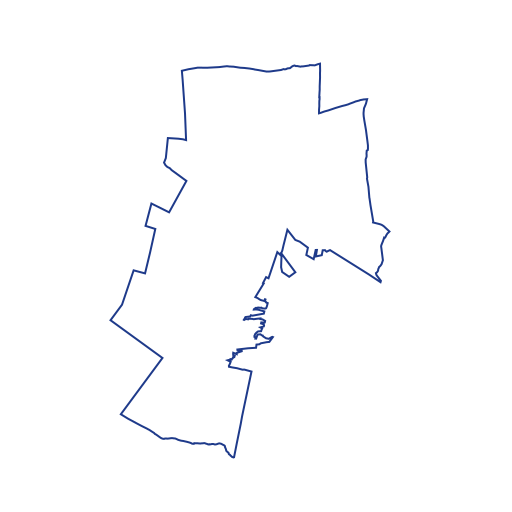 Munteni, Galati, Romania, rotated 103°
{"feature_id": "2599482B8174153692428", "entity_name": "Munteni", "entity_type": "district", "adm_level": 2, "iso_a3": "ROU", "parent_name": "Romania", "parent_adm1": "Galati", "projection": "orthographic", "projection_center": [27.478, 45.925], "detail": "fine", "context": "isolated", "style": "outline", "palette": "blue", "viewbox_px": 512, "rotation_deg": 103, "n_neighbors": 0, "source": "geoboundaries", "source_scale": "gbopen_adm2", "svg_char_len": 6060}
<svg xmlns="http://www.w3.org/2000/svg" viewBox="0 0 512 512"><g transform="rotate(103 256 256)"><path d="M457.8,232.1L442.4,232.6L423.1,233.1L415.1,233.5L369.6,234.4L369.3,241.7L369.8,243.7L369.6,249.3L369.9,254.0L370.0,257.4L369.1,257.7L367.0,257.2L364.8,256.9L364.3,259.0L364.0,260.2L363.5,259.3L363.1,257.6L362.2,257.7L362.1,256.9L362.3,256.4L361.6,256.2L360.9,255.6L360.0,255.7L359.6,255.4L359.4,254.4L358.0,254.3L357.9,255.8L356.4,256.3L355.4,256.4L356.0,252.7L354.8,253.0L351.6,247.8L352.1,252.8L351.3,253.1L347.7,243.0L345.4,235.3L342.2,235.6L341.3,232.9L340.0,231.7L337.6,226.3L336.7,223.7L331.2,221.3L331.1,221.9L331.5,222.5L333.8,224.9L333.9,227.7L332.7,231.0L332.0,231.5L332.0,232.5L331.3,234.1L332.2,236.8L336.5,237.3L336.6,238.0L335.1,237.8L335.2,238.7L335.2,239.3L334.2,239.6L333.7,239.3L333.0,239.4L332.1,239.2L330.5,238.3L329.0,237.0L328.1,234.1L326.7,234.0L325.3,233.7L324.6,235.7L322.9,232.6L321.9,232.5L320.8,233.1L320.6,235.9L319.5,235.9L319.0,232.9L318.8,232.5L317.8,232.5L317.2,232.5L316.3,235.4L316.5,237.5L315.8,237.6L317.0,241.1L317.8,243.2L318.1,243.9L318.1,245.6L318.7,248.4L318.8,248.8L318.9,249.1L319.5,249.4L319.5,250.8L319.9,252.0L321.0,253.2L320.9,253.5L319.0,252.8L318.3,252.8L317.8,252.4L316.2,248.0L314.9,247.7L314.9,245.9L313.6,242.9L310.4,235.4L308.1,235.4L307.8,241.8L308.1,244.1L308.7,246.1L308.4,246.1L308.1,245.9L307.6,245.4L306.6,244.6L306.4,243.5L305.9,242.7L305.7,242.1L305.6,241.4L305.6,240.4L305.1,239.2L305.5,238.2L305.5,237.3L305.2,235.4L304.9,234.7L304.6,234.4L302.9,234.1L300.4,234.0L299.2,234.0L299.1,234.4L299.2,235.0L299.1,235.5L298.8,235.9L298.4,236.1L298.2,236.5L298.1,237.2L296.2,237.0L296.1,237.5L298.0,237.8L297.9,238.7L297.9,240.6L297.8,241.7L297.4,243.0L297.2,243.6L296.8,244.5L296.5,245.6L296.2,247.4L281.0,242.3L280.8,243.1L274.3,241.4L274.9,238.8L247.4,236.1L250.4,231.1L255.3,230.2L261.3,229.0L265.7,226.9L268.8,219.0L263.8,214.7L263.0,214.0L247.4,232.3L247.0,232.0L246.6,231.9L244.8,231.6L239.1,231.6L234.9,231.5L223.4,231.3L231.5,221.3L232.2,216.6L236.2,207.3L243.7,207.2L246.1,199.1L236.7,199.2L236.4,198.0L243.0,197.6L240.4,192.1L235.4,192.3L234.8,190.0L235.5,189.2L235.9,188.1L234.4,186.3L234.1,185.8L233.6,185.2L248.6,141.8L253.5,128.8L252.1,128.7L247.7,134.1L246.7,134.8L245.7,135.3L244.6,134.4L243.0,133.8L242.5,133.8L241.8,133.9L241.0,133.9L240.3,133.7L239.1,133.6L238.0,132.8L237.2,132.4L235.7,131.8L233.6,131.6L231.6,131.4L225.9,133.5L220.2,135.6L218.7,136.2L218.0,136.3L217.3,136.3L215.2,136.0L212.8,135.6L211.7,135.5L209.3,135.3L209.5,134.7L208.7,134.3L208.0,134.0L207.2,133.9L206.1,133.6L205.3,133.3L204.7,133.1L204.1,132.8L203.9,132.6L203.2,132.1L202.9,131.9L202.4,131.7L202.1,131.5L198.4,137.9L197.9,139.0L197.8,139.4L197.6,139.9L197.4,140.5L197.3,141.1L197.2,141.8L197.1,143.8L197.0,149.5L196.7,149.5L196.3,149.5L195.6,149.7L180.7,155.9L174.2,158.4L173.9,158.6L163.3,162.0L155.6,165.3L154.4,165.3L140.1,170.2L137.2,170.9L135.5,170.7L134.4,170.6L132.4,171.0L131.8,171.3L129.2,171.7L128.4,171.8L127.6,170.9L126.1,171.1L123.1,171.8L119.5,173.1L108.5,177.2L99.2,181.1L96.9,182.0L95.9,182.4L94.9,182.7L94.0,183.0L92.4,183.4L90.0,183.7L87.8,184.0L84.5,183.4L82.5,183.1L81.3,183.1L78.2,183.0L79.1,185.8L79.2,186.2L80.7,189.6L81.3,190.4L82.6,192.9L83.0,193.7L84.3,195.5L86.5,198.9L87.4,200.1L88.9,202.7L90.4,205.7L93.8,211.7L97.9,218.3L99.6,221.5L100.2,222.5L101.8,224.9L102.8,226.7L99.2,227.5L95.8,228.0L92.9,228.7L90.5,229.2L89.0,229.3L86.9,229.8L87.0,230.1L81.8,231.0L79.8,231.3L76.4,232.1L67.9,233.7L63.3,234.8L61.1,235.2L54.2,236.9L55.3,239.0L57.0,241.6L57.9,246.6L58.5,247.2L60.7,252.9L61.0,254.2L61.4,255.0L61.5,255.2L61.6,257.2L61.6,258.2L62.0,260.0L61.7,261.2L62.3,262.4L63.1,263.4L65.3,265.1L66.2,267.7L66.6,268.0L66.8,268.3L67.3,269.0L67.7,270.1L67.7,271.2L69.1,273.4L73.1,284.0L73.9,287.1L74.1,291.0L74.3,295.5L74.6,299.6L74.5,299.9L74.8,304.5L75.4,309.7L76.1,313.8L76.6,320.5L77.1,323.3L77.3,324.3L77.6,327.0L78.7,330.2L80.2,334.3L83.6,346.1L85.6,355.2L86.6,357.5L89.2,363.8L92.2,369.9L100.9,367.1L133.2,357.2L158.8,350.2L158.7,353.5L159.2,358.2L160.9,368.4L179.9,366.0L181.0,365.9L185.7,366.6L187.9,364.6L189.2,362.4L189.8,359.8L191.3,357.5L198.5,340.7L233.0,350.5L228.4,369.7L251.5,370.4L252.3,360.2L276.7,360.0L297.9,360.2L297.5,372.0L333.6,375.6L351.3,383.3L376.4,324.2L421.0,343.6L440.6,352.1L443.3,344.1L445.8,335.0L447.4,329.0L448.7,323.5L449.1,322.2L449.3,321.4L449.4,320.9L450.6,317.7L451.4,315.4L451.7,315.1L451.9,314.7L452.1,314.5L452.2,314.2L452.4,313.3L453.3,311.1L453.9,309.7L454.6,308.0L454.9,306.8L455.0,305.7L454.9,304.9L454.9,304.5L454.5,304.0L454.2,303.1L454.0,302.5L454.0,302.0L453.9,301.3L453.4,299.8L452.8,298.3L452.4,297.1L452.2,295.7L452.2,295.1L452.1,294.5L452.0,293.9L452.0,293.4L452.2,292.4L452.4,291.4L452.6,290.7L452.7,289.5L452.8,287.6L452.7,286.2L452.6,285.4L452.6,282.5L452.6,281.4L452.7,279.0L452.7,278.7L452.8,278.3L452.8,277.9L452.9,277.6L452.9,277.2L453.0,276.8L453.2,276.3L453.2,275.9L453.2,275.5L453.1,274.9L452.9,274.2L452.3,274.1L452.1,273.0L451.8,271.6L451.6,270.7L451.5,269.8L451.5,269.6L451.4,269.0L451.2,267.9L450.9,267.2L450.4,265.5L450.0,264.5L449.9,264.1L449.9,263.9L450.0,263.1L450.1,262.5L450.1,262.0L450.1,261.6L450.2,261.1L450.3,260.8L450.2,260.5L450.2,260.2L450.3,260.0L450.3,259.6L450.2,259.2L449.9,259.0L449.9,258.7L449.9,258.3L449.6,257.8L449.5,257.4L449.1,256.7L449.0,256.1L448.8,255.4L448.8,254.7L448.9,254.1L448.9,253.7L448.7,253.0L448.5,252.5L448.4,252.3L448.0,251.6L447.4,250.7L447.0,250.0L446.8,249.5L446.8,249.2L446.8,248.4L446.8,247.7L446.9,247.3L447.2,246.3L447.4,245.7L447.4,245.4L447.5,245.0L447.6,244.6L447.9,243.9L448.3,243.5L448.5,243.4L448.9,243.4L449.1,243.3L449.4,243.0L449.7,242.8L450.0,242.6L450.8,242.0L451.5,241.6L452.0,241.4L452.4,241.2L452.7,240.9L453.1,240.2L453.6,239.2L453.8,238.7L454.1,238.4L454.3,238.3L454.8,238.1L455.1,237.9L455.3,237.6L455.4,237.1L455.6,236.7L455.8,236.3L456.1,236.1L456.3,235.8L456.5,235.2L456.7,234.9L456.9,234.5L457.2,234.1L457.2,233.7L457.2,233.3L457.2,233.1L457.4,232.8L457.6,232.4L457.7,232.1L457.8,232.1Z" fill="none" stroke="#1e3a8a" stroke-width="2"/></g></svg>